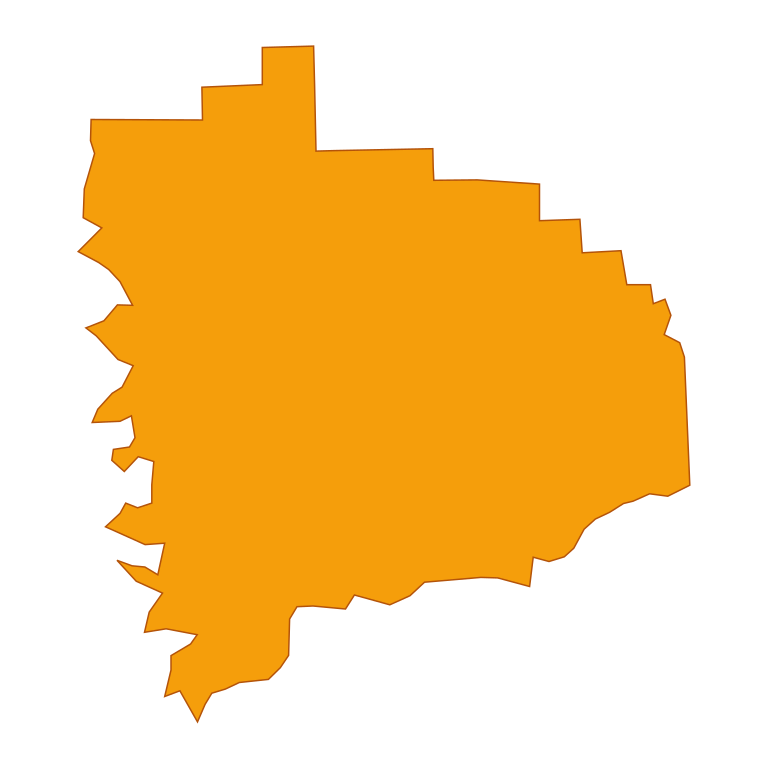 outline of Putinga, Rio Grande do Sul, Brazil
{"feature_id": "56859067B9535138081372", "entity_name": "Putinga", "entity_type": "district", "adm_level": 2, "iso_a3": "BRA", "parent_name": "Brazil", "parent_adm1": "Rio Grande do Sul", "projection": "robinson", "projection_center": [-52.165, -29.032], "detail": "fine", "context": "isolated", "style": "filled", "palette": "amber", "viewbox_px": 768, "rotation_deg": 0, "n_neighbors": 0, "source": "geoboundaries", "source_scale": "gbopen_adm2", "svg_char_len": 1436}
<svg xmlns="http://www.w3.org/2000/svg" viewBox="0 0 768 768"><path d="M539.5,184.1L477.3,179.9L433.8,180.3L433.2,167.5L432.8,148.7L335.2,150.6L316.0,151.1L314.6,85.3L313.6,46.1L262.3,47.5L262.3,84.6L201.9,87.2L202.5,120.0L91.1,119.5L90.5,140.7L94.6,153.5L84.3,188.9L83.2,217.7L101.8,227.9L78.2,251.6L98.8,262.6L108.7,269.5L120.0,281.6L132.6,305.3L117.4,304.9L103.9,320.8L85.9,327.9L96.2,335.8L118.0,359.5L133.2,365.7L122.1,387.1L112.2,393.3L97.8,409.2L92.2,422.5L120.0,421.3L131.4,415.8L135.0,437.7L129.5,447.0L113.4,449.4L111.8,460.3L124.3,471.5L138.2,456.7L153.8,461.5L151.8,484.8L151.8,503.1L137.6,507.8L125.7,503.1L120.1,513.3L105.5,526.8L145.1,544.6L164.7,543.2L157.8,574.8L144.9,567.0L132.0,565.8L117.0,560.3L136.2,581.2L162.5,593.1L149.2,612.1L144.5,632.3L166.1,628.8L197.2,634.7L190.6,644.0L171.0,655.6L171.0,670.1L164.7,696.5L179.9,690.8L197.5,721.9L205.1,704.3L211.8,693.2L225.3,689.1L239.3,682.5L268.4,679.4L280.3,667.7L288.6,655.4L289.6,619.0L297.0,606.7L313.0,606.0L345.5,609.0L354.4,595.0L389.8,604.8L410.0,595.7L424.5,582.2L480.9,577.4L497.7,577.9L529.6,586.5L533.2,557.2L549.0,561.5L564.3,556.8L573.8,548.2L584.1,529.2L595.4,519.0L609.6,512.3L623.5,503.5L633.0,501.2L649.6,493.8L667.8,496.2L689.8,485.2L684.4,357.1L679.7,342.7L664.2,334.6L670.9,315.3L665.0,299.2L653.3,303.7L650.5,284.7L626.8,284.7L621.0,250.7L582.2,252.8L579.9,219.3L539.5,220.7L539.5,184.1Z" fill="#f59e0b" stroke="#b45309" stroke-width="1.5"/></svg>